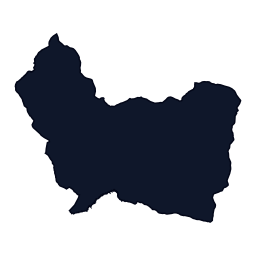 Bixad, Covasna, Romania
{"feature_id": "2599482B49492640514301", "entity_name": "Bixad", "entity_type": "district", "adm_level": 2, "iso_a3": "ROU", "parent_name": "Romania", "parent_adm1": "Covasna", "projection": "albers", "projection_center": [25.86, 46.11], "detail": "fine", "context": "isolated", "style": "filled", "palette": "ink", "viewbox_px": 256, "rotation_deg": 0, "n_neighbors": 0, "source": "geoboundaries", "source_scale": "gbopen_adm2", "svg_char_len": 5748}
<svg xmlns="http://www.w3.org/2000/svg" viewBox="0 0 256 256"><path d="M209.9,222.0L210.4,222.0L212.3,220.4L212.4,217.9L213.0,215.9L213.0,213.8L213.9,209.1L215.1,207.1L215.4,205.4L215.3,204.5L213.7,201.6L212.3,197.7L213.3,194.4L213.9,193.7L218.7,192.0L220.3,191.1L221.9,190.8L222.6,189.9L223.4,188.1L224.4,187.4L225.6,187.1L226.5,186.5L228.0,185.3L228.1,184.5L228.0,183.8L227.2,181.8L227.0,180.7L227.2,179.7L229.6,173.5L230.6,169.2L230.6,167.8L230.3,165.3L230.6,163.1L230.5,162.1L228.6,157.7L228.4,153.7L227.8,151.0L228.6,149.2L229.1,148.6L229.5,147.8L229.8,144.4L231.4,142.8L233.7,139.8L233.6,138.8L233.2,137.5L232.9,136.2L233.1,135.1L232.8,134.5L232.8,133.1L231.9,131.6L231.5,129.8L231.6,128.8L232.1,127.0L232.0,125.7L234.3,123.3L234.7,122.2L235.1,115.5L235.6,115.2L236.2,114.0L236.6,113.6L236.6,113.4L236.4,113.3L236.1,112.7L237.3,111.1L238.0,110.6L237.6,109.5L236.7,108.1L236.8,107.7L239.5,103.7L240.6,100.7L240.2,99.9L239.2,98.8L236.4,95.0L235.4,92.7L234.5,91.1L231.8,88.8L229.0,87.4L224.6,86.2L220.7,84.9L217.5,84.4L216.1,84.8L215.0,84.6L214.0,84.0L211.9,83.7L209.9,82.6L209.6,82.1L208.0,81.8L206.3,81.9L204.2,81.7L202.2,82.0L200.4,83.1L198.8,83.5L196.1,82.9L194.9,83.0L195.0,84.0L194.8,84.6L194.9,85.7L194.8,86.8L194.4,87.8L193.8,88.5L193.4,89.5L192.3,89.9L188.8,91.8L188.0,92.8L186.4,93.9L185.7,95.1L183.5,96.5L182.3,98.0L182.1,98.8L182.0,100.1L181.7,100.6L179.7,101.3L177.9,100.1L175.2,99.2L172.6,97.8L170.7,97.1L168.9,97.3L167.6,98.0L166.1,99.7L162.5,102.7L160.2,102.6L159.3,102.9L154.8,103.3L150.1,101.6L148.5,100.5L147.9,100.3L146.7,99.3L142.4,98.2L141.1,97.2L139.5,97.8L137.7,97.6L134.3,98.9L130.6,99.2L130.2,98.7L129.8,98.7L127.7,100.6L127.1,100.9L122.5,102.9L121.0,103.2L118.4,104.5L116.7,105.1L115.2,106.2L114.1,106.5L111.8,106.3L110.0,106.6L109.0,105.6L107.2,104.8L106.8,103.9L104.8,102.2L103.6,100.0L103.6,99.5L103.9,98.6L103.5,98.0L102.0,97.9L100.7,98.4L99.9,99.2L99.4,99.2L97.7,98.7L94.6,96.5L94.4,95.9L94.4,95.2L95.3,91.3L95.1,88.2L92.8,82.8L92.1,80.3L91.7,79.8L90.7,79.3L86.4,78.2L84.2,77.0L82.5,75.2L81.7,74.1L80.6,73.2L80.2,72.6L80.1,72.0L80.3,70.7L80.0,69.4L79.8,67.6L80.3,65.3L80.5,62.5L79.9,60.5L79.1,59.3L79.2,57.8L78.8,56.4L77.3,53.8L75.0,50.5L73.4,48.9L71.9,48.3L69.7,47.9L66.9,45.9L65.2,46.2L64.0,46.0L61.8,43.8L59.5,42.0L58.5,40.8L58.2,39.2L58.0,37.4L56.6,34.0L53.4,36.1L51.2,38.2L49.3,41.8L49.1,43.4L49.3,45.9L48.9,46.5L41.6,50.2L40.9,51.0L38.7,52.7L36.9,55.9L36.1,56.4L35.6,57.7L34.7,58.8L34.6,59.3L34.9,62.0L34.0,63.1L34.4,63.6L35.1,63.7L35.3,64.2L34.9,65.7L34.6,66.6L34.0,67.2L33.8,67.8L34.7,69.3L33.9,70.5L33.3,70.6L32.7,71.6L31.7,71.6L31.0,72.2L30.8,72.1L30.8,71.7L30.3,71.4L28.9,71.3L27.9,71.8L27.5,72.2L27.4,73.0L26.7,73.2L26.5,73.8L25.3,74.9L25.4,75.4L24.3,75.7L24.2,76.4L23.4,76.7L22.9,77.4L22.0,77.9L20.8,79.3L19.1,80.6L18.9,81.1L16.9,82.0L15.7,84.5L15.4,86.5L15.8,87.8L15.8,90.0L16.0,90.5L17.4,92.3L18.0,92.7L19.1,93.9L20.0,95.6L22.3,98.9L22.9,101.3L23.3,102.2L24.4,105.8L27.1,107.9L27.4,110.6L27.8,111.9L30.0,115.8L30.8,116.1L31.8,117.7L33.8,120.1L34.1,120.9L32.2,124.8L32.6,126.4L33.3,127.6L40.1,133.7L41.2,135.2L44.4,137.5L49.2,140.1L49.4,141.7L47.4,142.7L46.3,148.6L45.9,152.9L45.5,153.2L48.0,155.0L48.6,155.7L50.4,158.8L52.2,161.1L52.4,161.6L52.6,163.6L53.3,164.0L54.3,165.9L54.0,166.9L53.9,167.9L54.1,168.2L54.4,170.7L55.1,171.4L54.8,172.0L54.8,173.1L55.3,174.5L55.7,176.0L55.8,177.5L56.1,178.2L56.3,180.5L56.5,181.2L56.9,181.9L58.2,183.0L58.8,184.3L60.0,185.8L64.4,187.6L66.5,188.9L69.3,187.0L73.2,189.6L73.4,190.2L74.3,191.6L75.8,192.4L77.3,194.2L78.4,194.9L79.4,195.0L78.5,197.9L74.7,205.1L69.5,210.7L70.5,211.6L70.5,212.2L71.2,212.5L71.6,213.4L72.1,213.0L72.7,213.1L73.3,213.8L74.4,213.4L75.0,212.9L76.3,212.8L76.9,212.4L77.2,212.6L78.3,212.3L78.8,212.5L79.1,212.0L81.5,211.7L81.8,211.2L82.3,211.6L83.0,211.2L84.9,211.0L85.2,210.6L86.6,211.0L86.5,210.6L87.8,209.6L87.8,209.1L87.5,208.6L87.8,208.4L88.0,207.9L88.6,207.2L88.6,206.3L89.3,205.8L89.5,206.4L90.1,206.3L90.5,206.7L90.4,206.3L91.3,205.9L91.4,205.3L91.7,204.7L93.3,203.7L93.5,202.9L94.1,203.4L94.9,203.1L95.1,202.2L94.9,201.9L95.2,201.8L95.0,201.6L95.2,201.3L95.1,201.0L95.5,200.9L95.8,200.5L95.9,200.1L96.1,199.9L96.0,199.2L96.3,199.0L96.6,199.0L96.7,198.8L96.9,198.9L97.8,198.8L98.7,198.0L99.4,197.7L99.3,197.1L99.9,197.0L100.0,196.5L100.3,196.5L100.6,196.2L101.1,196.0L101.2,194.9L101.8,194.9L102.0,195.5L102.3,195.6L102.8,195.3L102.9,194.1L103.2,193.9L103.4,193.9L103.5,194.2L104.0,194.3L104.4,193.8L105.5,193.6L105.6,193.4L105.9,193.8L106.1,193.5L106.9,193.7L107.2,193.3L107.5,192.5L108.4,192.4L108.7,192.1L109.6,192.6L109.4,192.1L110.0,191.5L110.3,191.5L110.5,191.2L111.6,191.5L111.5,191.3L111.8,191.1L111.9,190.6L113.0,190.9L112.9,190.6L113.3,190.6L113.9,189.6L114.1,189.5L114.6,189.8L114.5,190.2L114.8,190.4L114.8,191.0L115.2,191.0L115.6,191.3L116.1,191.1L116.0,191.5L116.6,191.9L117.0,191.9L116.9,192.2L117.4,192.3L117.3,192.6L117.7,192.8L117.6,193.1L117.8,193.3L117.7,193.7L117.9,194.2L117.8,194.6L118.1,194.7L117.8,195.2L117.7,196.1L118.2,196.4L118.1,197.3L119.3,198.5L119.8,199.3L121.2,200.1L121.7,200.1L121.8,200.8L122.5,200.4L123.8,200.7L124.0,200.5L124.5,201.1L125.1,201.4L125.7,201.1L127.4,201.3L128.0,201.7L129.9,201.9L132.5,202.8L133.7,203.5L134.6,203.6L135.0,204.0L136.4,203.0L136.5,202.0L137.3,201.5L138.7,201.8L140.2,202.5L142.0,202.4L144.5,204.3L146.4,204.6L148.0,205.3L148.3,205.7L149.3,206.2L150.7,207.6L151.8,208.3L152.4,209.4L155.2,209.6L157.5,211.3L158.1,212.2L159.2,212.9L162.6,213.4L164.5,213.2L166.1,213.8L166.9,214.0L171.6,213.4L173.9,212.8L176.2,212.8L178.7,213.5L180.9,214.9L183.7,215.5L184.8,215.4L190.2,216.6L193.3,218.4L194.4,218.6L196.8,219.4L199.5,219.5L204.1,220.9L205.5,220.7L205.9,221.1L207.0,221.2L207.4,221.5L209.1,221.5L209.9,222.0Z" fill="#0f172a" stroke="#020617" stroke-width="1.5"/></svg>